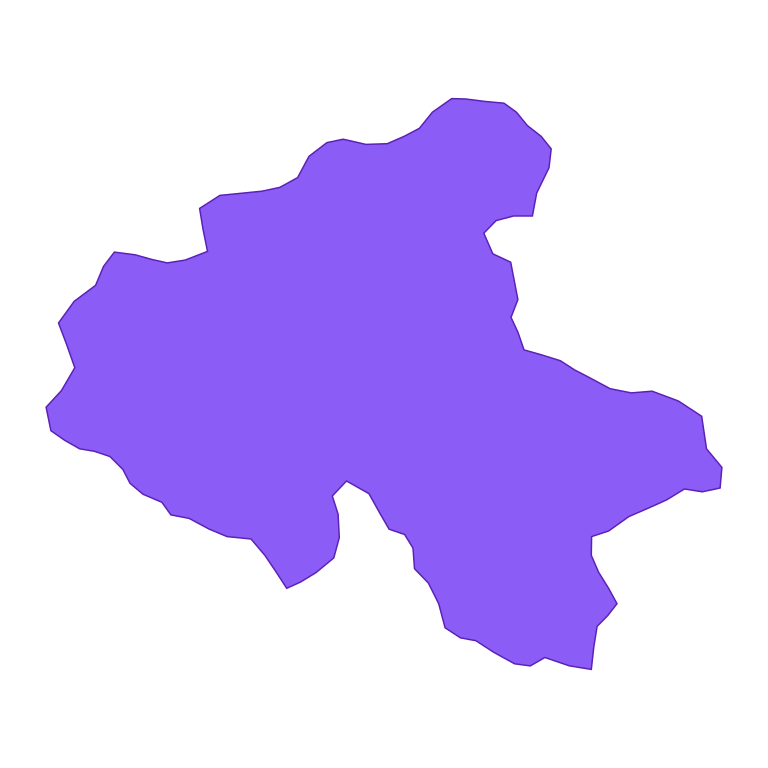 Carvalhópolis, Minas Gerais, Brazil (Robinson projection)
{"feature_id": "56859067B12876478935865", "entity_name": "Carvalhópolis", "entity_type": "district", "adm_level": 2, "iso_a3": "BRA", "parent_name": "Brazil", "parent_adm1": "Minas Gerais", "projection": "robinson", "projection_center": [-45.827, -21.773], "detail": "fine", "context": "isolated", "style": "filled", "palette": "violet", "viewbox_px": 768, "rotation_deg": 0, "n_neighbors": 0, "source": "geoboundaries", "source_scale": "gbopen_adm2", "svg_char_len": 1523}
<svg xmlns="http://www.w3.org/2000/svg" viewBox="0 0 768 768"><path d="M591.3,669.4L593.8,647.0L597.1,626.4L607.7,615.6L617.0,603.7L608.6,588.3L598.6,572.2L591.3,555.4L591.6,536.6L608.6,531.0L628.8,516.6L648.8,507.9L666.6,499.9L684.4,489.0L702.3,491.8L720.1,488.0L721.9,467.4L706.5,448.8L701.7,416.3L678.4,401.0L652.1,391.2L631.3,392.9L610.1,388.7L589.2,377.5L574.4,369.8L560.5,360.8L542.7,355.2L524.0,349.9L517.9,332.1L511.0,317.4L517.9,299.6L510.7,262.2L492.8,253.8L483.8,233.2L496.1,220.6L513.4,216.0L532.4,216.0L536.7,193.0L549.0,167.8L551.2,148.9L541.2,136.4L527.3,125.5L516.4,112.2L504.0,103.2L484.7,101.4L465.9,99.0L451.7,98.6L432.4,112.2L419.4,128.3L404.0,136.4L387.3,143.7L365.9,144.4L343.2,139.2L326.9,142.6L309.0,156.3L297.6,177.6L279.7,187.4L261.9,191.2L244.0,193.0L219.9,195.4L199.6,208.4L202.9,228.6L207.5,251.4L185.1,260.1L167.3,262.9L151.6,259.4L135.2,254.8L114.4,252.1L103.5,266.4L95.6,285.3L74.2,301.3L58.5,323.0L66.3,343.6L74.8,367.7L61.5,390.5L46.1,407.2L50.9,430.7L64.8,440.4L79.6,448.8L94.4,451.3L109.9,456.5L122.9,469.5L130.1,483.4L143.1,494.3L161.9,502.3L170.9,514.9L189.1,518.4L209.3,529.2L227.1,536.6L251.0,539.0L264.9,555.4L275.8,571.5L286.7,588.3L300.6,582.0L316.0,572.6L333.8,557.9L339.3,537.6L338.1,514.2L332.3,496.0L346.5,481.0L368.9,493.6L380.4,514.2L389.1,529.2L404.6,534.5L413.0,548.1L414.5,568.7L428.4,583.1L438.7,603.7L445.1,627.8L460.5,637.9L475.9,640.7L493.7,652.3L514.6,663.8L530.3,665.9L544.8,657.5L569.6,665.9L591.3,669.4Z" fill="#8b5cf6" stroke="#5b21b6" stroke-width="1.5"/></svg>